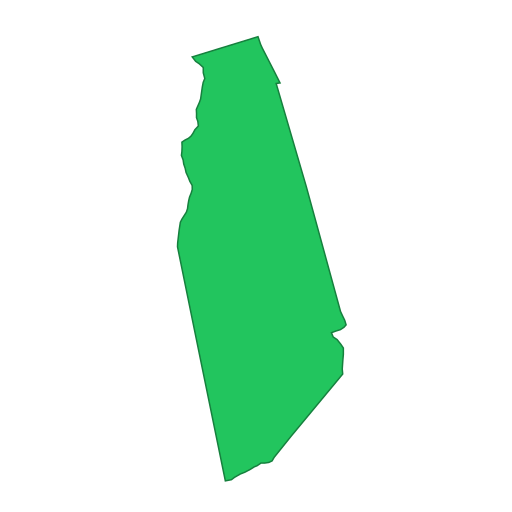 outline of Peixe-Boi, Pará, Brazil, rotated 349°
{"feature_id": "56859067B34086017458095", "entity_name": "Peixe-Boi", "entity_type": "district", "adm_level": 2, "iso_a3": "BRA", "parent_name": "Brazil", "parent_adm1": "Pará", "projection": "equal_earth", "projection_center": [-47.282, -1.125], "detail": "fine", "context": "isolated", "style": "filled", "palette": "green", "viewbox_px": 512, "rotation_deg": 349, "n_neighbors": 0, "source": "geoboundaries", "source_scale": "gbopen_adm2", "svg_char_len": 1162}
<svg xmlns="http://www.w3.org/2000/svg" viewBox="0 0 512 512"><g transform="rotate(349 256 256)"><path d="M318.6,388.4L319.1,383.4L321.5,374.4L323.0,369.2L324.2,363.0L322.5,359.0L319.7,353.6L316.3,350.2L315.4,345.7L320.1,344.9L324.8,344.4L328.7,342.8L331.3,340.8L330.8,336.0L329.7,331.9L328.4,326.7L318.6,197.4L308.7,90.5L312.6,90.7L310.3,82.5L309.2,78.6L301.8,53.0L300.9,49.2L299.8,41.1L231.4,48.4L233.9,53.4L237.0,56.5L240.2,60.9L239.2,66.1L239.6,72.0L237.3,75.5L235.6,79.7L231.6,91.3L229.7,94.5L225.4,100.7L224.8,104.9L224.0,108.8L224.6,112.8L224.2,117.4L220.2,120.3L217.5,123.6L215.0,126.0L212.1,127.6L208.5,128.6L205.0,130.1L204.3,134.6L203.2,139.3L202.0,143.0L202.8,147.8L202.6,151.9L203.2,156.3L203.3,160.7L204.6,166.1L205.3,170.0L206.8,174.6L206.1,178.6L204.3,182.0L202.0,185.5L200.5,188.8L199.0,192.8L197.8,196.5L196.0,199.7L190.3,205.7L188.2,208.4L185.5,215.9L181.6,228.2L180.7,232.0L181.3,297.2L181.8,350.5L183.0,470.9L189.2,470.9L192.6,469.2L199.0,467.0L203.9,466.1L210.1,464.2L214.2,462.6L217.0,462.1L221.4,460.2L224.9,460.9L229.2,461.1L232.7,460.2L235.4,457.1L256.3,439.4L318.6,388.4Z" fill="#22c55e" stroke="#15803d" stroke-width="1.5"/></g></svg>